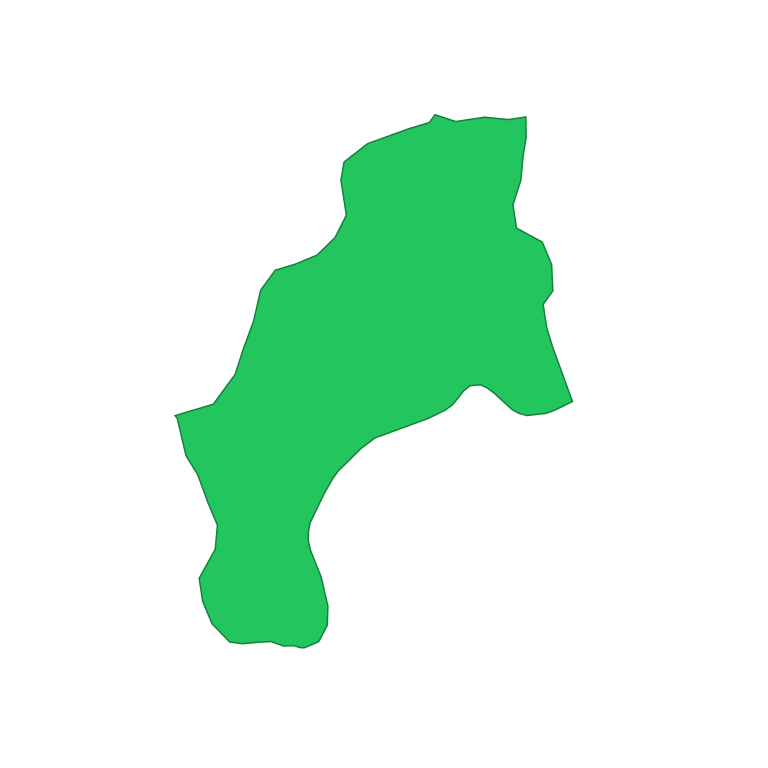 Yonthan, Hwanghae-bukto, North Korea (Robinson projection), rotated 126°
{"feature_id": "82179303B91092350263646", "entity_name": "Yonthan", "entity_type": "district", "adm_level": 2, "iso_a3": "PRK", "parent_name": "North Korea", "parent_adm1": "Hwanghae-bukto", "projection": "robinson", "projection_center": [125.982, 38.695], "detail": "fine", "context": "isolated", "style": "filled", "palette": "green", "viewbox_px": 768, "rotation_deg": 126, "n_neighbors": 0, "source": "geoboundaries", "source_scale": "gbopen_adm2", "svg_char_len": 1153}
<svg xmlns="http://www.w3.org/2000/svg" viewBox="0 0 768 768"><g transform="rotate(126 384 384)"><path d="M136.2,501.0L145.8,501.0L162.2,513.5L174.5,521.8L199.1,538.5L227.9,546.8L244.5,538.6L269.5,513.7L294.3,509.7L319.0,513.9L339.5,526.4L355.9,538.9L380.7,538.9L409.7,526.5L438.6,518.3L463.5,510.1L500.6,510.2L532.4,534.4L533.4,531.0L558.4,502.0L566.9,481.3L583.6,456.5L596.1,435.8L616.9,423.4L649.9,419.3L666.5,402.8L679.1,382.1L683.4,357.2L677.5,346.1L666.3,333.3L658.8,324.1L655.1,311.4L648.8,303.3L646.3,296.4L644.1,293.3L631.3,285.6L629.4,285.5L612.5,288.1L596.7,298.8L577.0,321.5L561.9,345.5L555.2,353.2L547.2,358.7L539.8,362.2L507.1,368.1L490.5,369.9L481.4,369.9L449.7,364.7L432.9,359.6L385.7,327.9L369.5,319.3L360.4,316.3L342.8,315.5L334.7,313.3L328.0,305.6L326.6,298.8L326.6,290.2L329.4,265.4L328.4,257.7L325.6,250.0L312.6,235.8L305.2,230.7L287.4,221.2L271.9,244.2L255.2,269.0L242.7,285.6L226.0,302.1L209.5,302.1L188.8,318.6L176.2,339.3L180.0,368.4L163.4,384.9L138.6,393.1L117.8,405.5L101.2,413.8L84.6,426.2L96.9,438.7L109.0,459.4L121.3,471.9L129.5,480.2L133.5,492.7L136.2,501.0Z" fill="#22c55e" stroke="#15803d" stroke-width="1.5"/></g></svg>